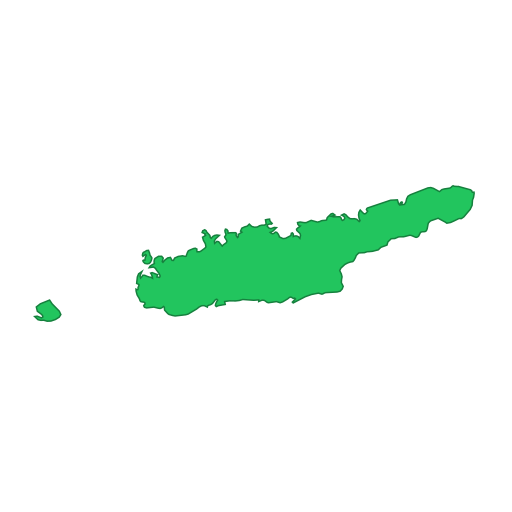 SVG path tracing the border of Sud, rotated 135°
{"feature_id": "NCL-1259", "entity_name": "Sud", "entity_type": "Province", "adm_level": 1, "iso_a3": "NCL", "parent_name": "New Caledonia", "parent_adm1": "", "projection": "orthographic", "projection_center": [166.304, -21.993], "detail": "fine", "context": "isolated", "style": "filled", "palette": "green", "viewbox_px": 512, "rotation_deg": 135, "n_neighbors": 0, "source": "natural_earth", "source_scale": "10m", "svg_char_len": 5602}
<svg xmlns="http://www.w3.org/2000/svg" viewBox="0 0 512 512"><g transform="rotate(135 256 256)"><path d="M215.8,172.9L218.4,171.7L221.4,171.6L224.1,173.2L232.6,180.8L233.6,181.4L235.7,182.0L236.5,182.6L238.1,185.6L243.9,189.5L250.0,192.4L262.9,196.5L262.9,197.7L258.4,197.7L258.4,198.9L259.6,199.6L259.9,200.7L260.1,201.7L260.7,202.6L261.8,203.1L264.0,203.3L269.6,204.7L272.0,205.9L273.8,209.3L280.2,214.1L280.9,215.3L281.4,218.5L282.4,220.0L283.4,220.7L286.3,221.9L285.1,223.0L288.9,226.3L296.1,234.6L299.2,236.3L302.1,238.6L306.5,243.1L310.4,246.0L312.0,243.5L317.7,247.5L319.8,248.3L319.8,249.6L318.6,250.5L317.2,251.1L315.8,251.6L314.3,251.9L314.3,253.2L315.6,253.8L320.4,253.2L322.5,253.7L324.2,254.6L325.5,255.0L326.5,254.3L327.7,257.5L329.5,259.2L332.1,260.1L335.5,260.5L345.0,262.9L347.3,264.2L355.6,270.8L357.1,273.0L358.9,276.3L359.1,277.8L358.9,282.3L358.2,283.3L357.1,284.5L357.0,285.6L359.4,286.0L360.9,286.7L362.2,288.5L364.4,292.1L370.1,296.7L371.1,298.6L370.6,300.2L369.6,300.5L368.4,300.5L367.6,301.7L368.0,302.8L369.0,304.0L369.8,305.5L369.3,307.1L368.7,308.2L367.6,312.5L366.3,314.8L365.5,316.1L364.3,317.4L364.0,316.5L363.5,315.8L362.5,316.2L361.7,317.1L359.8,317.9L359.0,318.5L359.2,319.4L359.8,321.0L354.7,325.1L351.6,326.4L347.6,325.7L350.9,324.5L352.3,323.6L353.2,322.0L350.7,322.1L349.6,322.4L348.3,321.0L347.4,318.7L346.1,316.1L345.4,315.4L344.9,313.4L343.9,314.7L342.9,317.1L342.6,318.4L341.2,317.7L340.4,316.0L339.6,314.0L338.7,312.4L339.4,312.2L340.9,311.3L339.4,309.1L337.9,309.6L336.9,312.0L336.2,317.1L335.9,317.9L335.9,318.9L336.4,320.9L336.9,321.1L339.8,323.3L338.0,323.7L335.8,323.3L333.9,322.7L333.1,322.6L332.6,323.5L331.6,324.5L330.3,325.3L329.2,325.7L325.1,324.7L322.9,322.5L323.1,320.1L326.3,318.3L326.3,317.3L323.4,317.6L319.8,317.1L317.5,315.5L318.5,312.3L317.5,311.2L315.0,312.1L311.3,310.7L307.8,308.1L306.3,305.7L305.6,305.3L301.9,307.0L300.2,307.5L298.9,307.1L294.8,305.4L293.4,304.4L292.9,302.7L294.0,301.7L294.7,300.7L292.9,298.9L291.4,298.4L286.7,297.7L285.0,297.8L283.2,300.4L282.1,304.3L280.5,307.1L277.2,306.2L277.2,306.9L277.1,307.2L276.8,307.4L276.2,307.4L277.5,310.7L275.8,311.5L273.7,310.8L273.4,309.2L273.9,307.7L274.1,303.2L275.2,301.4L275.2,300.2L272.8,300.4L270.7,299.8L268.8,298.5L267.3,296.5L272.6,296.7L274.9,296.0L276.3,294.2L273.3,294.0L272.3,292.5L272.9,286.9L271.3,287.0L267.8,286.4L266.2,286.9L265.7,287.9L265.0,291.1L264.6,291.8L262.5,292.1L261.7,293.0L261.2,294.3L260.1,295.9L258.6,296.6L257.9,295.5L258.1,293.6L259.6,291.8L257.9,290.8L253.9,286.9L253.9,285.8L254.9,285.2L255.5,284.6L255.8,283.6L256.0,282.1L255.0,282.1L253.4,283.8L249.1,282.8L249.4,284.5L246.3,285.7L243.6,284.7L241.0,283.3L238.2,283.3L238.1,279.9L236.6,277.3L234.4,275.5L232.1,274.9L230.1,273.7L228.2,271.8L226.2,271.4L223.7,274.9L222.0,273.8L220.3,272.5L221.0,271.6L221.4,270.6L221.5,269.4L221.5,267.6L222.5,267.6L223.9,269.1L225.7,269.9L227.0,269.2L227.1,266.5L226.1,264.8L222.9,263.3L221.5,261.6L225.9,261.6L227.8,262.0L229.3,262.7L229.1,260.9L228.4,259.8L227.2,259.3L225.4,259.2L224.6,258.1L224.8,255.8L225.5,253.7L226.0,253.1L224.6,249.2L222.6,247.6L216.9,245.8L214.9,247.1L213.9,246.6L214.1,245.1L215.9,243.4L214.2,242.6L213.0,241.3L212.4,239.6L212.5,237.4L209.9,239.1L209.0,240.7L209.1,245.2L208.4,246.3L206.6,246.3L204.8,245.9L203.6,245.9L204.2,246.7L204.0,248.8L203.0,250.3L200.8,248.9L198.4,245.6L196.9,244.1L191.8,242.2L188.5,236.4L186.1,235.1L185.0,234.8L183.8,234.0L181.7,232.2L180.7,231.6L179.8,232.0L179.0,232.6L177.9,232.8L173.1,232.7L171.6,231.8L171.2,229.1L174.6,230.7L173.5,228.9L168.9,224.4L168.9,223.1L169.6,221.4L169.8,220.1L168.3,219.5L166.6,219.9L165.9,221.0L166.0,222.6L166.6,224.4L163.9,223.5L163.3,221.5L163.5,218.9L163.1,216.0L161.7,214.3L160.0,212.8L158.8,210.8L158.7,207.4L157.5,207.4L156.2,210.2L154.5,212.5L152.4,214.1L149.8,214.8L149.9,211.2L149.7,209.2L148.4,208.4L145.3,208.7L145.2,209.1L145.3,209.9L145.1,210.8L144.1,211.2L143.2,211.1L121.4,200.3L116.3,195.7L118.3,192.0L118.3,190.7L115.9,191.6L114.6,191.1L114.8,190.2L117.1,189.5L114.5,187.5L111.8,188.2L109.1,189.9L106.4,190.8L103.6,190.2L86.3,182.6L84.0,180.8L82.7,178.4L81.1,172.9L80.7,171.8L77.6,171.5L75.6,170.4L71.0,167.0L69.7,166.6L68.2,166.6L67.0,166.3L66.5,165.1L64.3,162.6L63.8,162.2L57.6,151.3L57.3,149.7L57.8,148.8L57.9,148.0L56.7,147.0L57.5,146.0L60.6,143.7L63.3,142.5L67.4,139.0L71.6,137.5L81.3,136.7L84.3,137.2L86.0,139.0L91.3,140.8L94.7,142.1L97.9,144.3L98.2,146.1L100.5,153.9L107.7,157.4L109.0,157.5L110.8,157.4L111.9,156.8L115.7,154.2L117.7,153.4L118.9,153.6L120.1,154.4L121.1,155.4L122.3,156.2L123.6,156.2L126.8,155.1L128.2,155.2L129.3,155.7L129.9,156.4L131.4,160.1L131.9,161.1L132.8,162.1L136.9,164.5L138.1,165.3L141.5,168.6L145.5,170.2L148.1,172.6L152.8,172.7L155.7,171.1L161.5,173.8L165.2,173.9L170.4,177.0L172.8,179.0L174.5,180.5L177.0,181.7L179.5,184.0L181.2,185.5L184.7,185.5L186.9,184.5L189.7,183.7L191.5,183.6L193.7,185.1L196.2,186.3L199.2,187.2L204.6,187.4L207.1,186.5L208.4,182.9L209.9,180.4L212.0,179.0L214.5,176.8L215.8,172.9ZM449.8,357.6L451.5,360.7L453.6,362.6L455.2,365.1L455.3,369.7L453.3,368.2L451.4,363.9L449.8,363.6L449.0,364.9L449.0,367.2L449.7,371.5L447.4,375.3L442.3,374.7L433.1,370.8L434.0,366.4L434.1,356.1L435.4,352.6L438.4,351.9L442.7,352.9L447.0,355.0L449.8,357.6ZM333.1,326.9L335.2,326.2L336.9,326.3L338.4,327.3L339.8,329.3L339.8,331.4L339.4,332.6L338.6,332.7L337.5,331.6L336.2,332.6L335.3,333.2L333.0,334.1L333.0,335.2L336.2,335.7L335.8,336.9L334.1,338.0L333.0,338.2L331.8,337.7L329.5,337.2L328.0,336.0L329.1,333.5L330.4,331.4L330.6,329.7L331.0,328.2L333.1,326.9Z" fill="#22c55e" stroke="#15803d" stroke-width="1.5"/></g></svg>